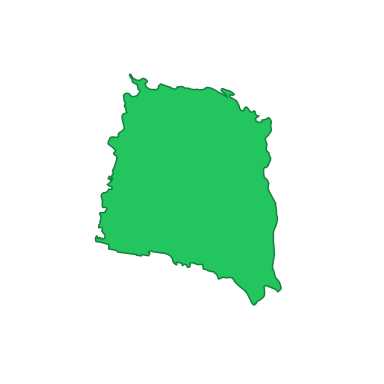 outline of Lapusnicu Mare, Caras-Severin, Romania, rotated 143°
{"feature_id": "2599482B82081926403008", "entity_name": "Lapusnicu Mare", "entity_type": "district", "adm_level": 2, "iso_a3": "ROU", "parent_name": "Romania", "parent_adm1": "Caras-Severin", "projection": "orthographic", "projection_center": [21.88, 44.901], "detail": "fine", "context": "isolated", "style": "filled", "palette": "green", "viewbox_px": 384, "rotation_deg": 143, "n_neighbors": 0, "source": "geoboundaries", "source_scale": "gbopen_adm2", "svg_char_len": 6080}
<svg xmlns="http://www.w3.org/2000/svg" viewBox="0 0 384 384"><g transform="rotate(143 192 192)"><path d="M184.8,310.2L186.2,310.7L187.1,310.7L188.6,310.3L190.0,307.8L191.3,305.7L191.9,302.5L194.0,301.7L194.4,300.9L194.5,299.6L194.9,298.1L195.5,297.1L195.9,295.6L196.4,294.7L197.2,294.7L199.4,295.6L200.8,295.5L201.7,295.0L202.6,294.2L203.4,293.0L204.5,290.7L207.0,284.7L208.3,283.2L211.9,282.8L214.4,283.2L216.4,282.4L216.5,281.6L217.0,280.7L217.8,280.6L218.6,280.8L219.3,281.1L220.1,281.7L221.7,283.3L223.0,284.1L224.6,284.7L225.5,284.0L228.2,282.8L229.5,281.6L230.0,280.6L229.2,277.9L228.4,275.2L228.0,271.2L228.9,270.5L231.0,270.4L231.6,269.5L231.4,268.3L230.9,267.1L230.8,265.8L231.5,264.7L233.2,262.5L233.9,262.3L234.8,261.8L236.0,260.8L237.5,259.9L238.1,259.3L238.5,258.8L242.1,257.2L242.8,256.7L243.5,254.5L244.9,253.6L245.9,253.6L247.2,252.6L248.2,253.5L248.6,254.3L250.9,253.1L250.5,252.2L249.5,251.6L247.2,251.0L247.3,250.2L247.7,250.1L249.4,250.8L249.9,250.6L250.2,250.0L249.9,249.6L249.7,249.0L250.7,249.2L252.2,248.9L253.9,248.8L255.0,249.0L255.1,248.7L254.9,247.5L254.2,246.3L252.7,243.9L254.9,242.4L256.5,244.4L258.4,243.6L260.7,243.3L263.1,244.6L264.9,244.7L266.1,244.2L267.1,243.2L267.8,241.2L269.3,238.1L271.4,235.9L272.6,233.4L271.2,232.4L270.6,231.8L269.8,230.6L270.4,229.4L271.6,229.0L272.6,229.1L273.4,228.1L275.0,228.5L275.9,229.3L277.3,230.6L278.4,230.6L279.1,229.8L279.1,228.5L279.4,227.6L279.9,226.7L280.4,225.9L281.5,224.9L283.2,224.0L284.3,222.1L285.5,221.9L286.7,221.3L288.0,219.6L286.9,219.1L286.4,218.7L285.8,218.4L285.4,217.3L285.8,216.4L286.9,215.7L287.5,215.0L287.4,214.2L287.6,213.2L287.6,212.3L287.4,211.1L287.7,209.4L288.8,208.1L290.1,207.6L291.1,207.6L291.3,208.0L291.7,209.2L292.1,209.5L292.9,209.5L293.1,209.6L292.9,211.0L293.3,211.4L293.8,211.6L294.4,211.2L294.8,211.1L295.1,211.9L295.1,212.5L294.4,213.9L294.8,214.3L296.7,213.4L297.4,212.5L298.3,210.7L298.3,210.0L294.8,206.5L292.5,203.3L290.7,201.0L290.1,200.0L290.4,199.7L291.1,198.6L292.8,196.7L287.6,191.0L287.5,188.8L274.4,175.9L274.4,174.9L270.9,171.5L269.8,172.2L264.9,167.2L262.3,168.6L263.1,170.1L261.0,170.2L260.1,169.6L259.7,168.7L258.6,167.3L255.8,164.5L253.1,161.6L251.3,160.3L248.9,156.7L247.6,153.9L247.8,152.1L247.8,150.2L248.9,148.5L249.2,146.4L248.7,144.0L248.1,143.1L247.5,143.8L247.4,144.9L246.3,145.1L245.1,143.5L243.7,142.1L243.0,140.6L243.3,140.3L243.6,139.9L243.8,139.5L243.9,139.0L242.8,138.9L241.8,139.2L241.2,138.2L240.6,137.7L240.1,137.0L240.6,135.9L240.9,134.8L240.0,133.9L239.0,133.6L238.3,133.9L237.2,135.0L236.4,136.3L235.6,136.2L234.6,135.5L233.8,134.7L231.4,131.0L230.0,129.7L228.0,128.6L227.2,127.3L228.9,124.5L229.2,123.5L228.7,122.9L227.9,122.2L227.2,121.3L226.6,119.7L224.5,116.8L222.8,115.6L222.4,114.9L222.8,113.9L222.2,112.6L221.8,111.2L223.2,106.6L222.1,106.2L221.1,105.8L220.0,105.6L218.9,105.6L215.7,102.3L213.8,101.4L212.1,100.2L211.4,97.5L211.8,94.7L211.6,92.3L210.6,87.1L209.3,82.1L209.0,77.8L210.9,67.6L211.0,65.3L210.1,64.2L209.2,64.8L209.0,64.6L208.7,64.4L208.1,64.3L206.8,65.0L206.1,65.2L205.4,65.3L204.7,65.3L203.5,65.0L200.4,64.9L197.7,65.2L196.3,66.0L194.7,67.8L192.5,71.1L191.5,73.2L189.4,72.8L188.6,72.0L183.6,63.5L183.4,60.6L179.9,60.9L178.5,61.8L177.0,65.8L176.4,68.6L176.8,73.2L176.7,73.4L176.4,74.6L175.9,75.8L175.4,77.0L174.8,78.1L173.7,81.9L172.5,84.2L163.6,92.8L160.3,97.8L157.2,102.9L151.6,110.4L149.5,112.3L145.8,114.2L141.8,117.2L139.1,120.2L138.3,122.8L135.8,126.3L132.9,131.5L131.9,132.9L131.6,135.6L130.0,146.1L128.9,149.5L127.4,151.1L125.7,152.5L124.7,155.7L124.7,156.4L124.8,157.2L124.9,158.0L125.2,158.8L125.2,160.7L123.7,163.6L121.0,167.3L119.7,167.9L118.2,167.0L116.3,167.0L114.2,167.8L112.9,168.9L111.5,169.5L110.1,170.3L108.7,171.9L108.2,174.8L107.1,176.8L107.5,179.9L107.3,181.2L105.9,182.6L104.4,184.0L103.0,186.0L102.3,188.7L101.5,190.3L100.3,190.9L97.2,191.4L96.1,191.7L94.6,192.2L93.1,192.6L92.1,193.1L91.2,193.8L90.6,194.9L90.1,196.2L88.2,198.9L87.0,199.5L86.1,200.9L85.8,202.5L85.7,204.1L86.4,205.5L87.6,205.3L88.9,205.5L90.8,206.2L92.7,207.3L93.7,206.6L94.9,206.2L96.1,206.8L97.9,209.2L98.0,210.6L97.2,212.2L95.2,212.6L94.2,212.4L93.0,212.5L93.7,213.2L94.2,214.0L94.3,214.2L94.4,215.2L94.4,216.0L94.1,216.8L93.8,217.5L93.3,218.2L93.5,219.4L94.7,219.4L95.9,219.7L96.6,220.1L97.0,220.7L97.1,220.9L97.2,222.4L97.2,223.7L97.0,224.9L97.2,226.5L97.8,227.5L99.6,227.3L101.8,225.8L102.5,226.2L103.0,226.8L103.5,227.4L103.8,228.1L103.8,229.1L103.6,230.2L103.5,230.5L102.6,232.4L101.8,236.3L101.7,237.4L101.8,238.7L102.9,241.0L103.7,243.4L104.3,244.2L104.3,245.3L103.9,246.0L103.5,246.6L102.8,246.4L101.1,244.6L99.5,244.6L99.7,246.3L101.0,249.9L103.4,252.9L105.1,255.9L106.5,256.5L107.6,255.1L107.2,252.8L106.5,250.6L106.4,249.4L106.4,248.9L106.6,248.0L106.9,247.0L108.6,251.4L111.3,256.6L111.8,258.7L113.5,262.0L114.5,263.8L116.6,266.1L118.0,266.8L120.1,266.8L121.2,267.1L123.2,268.1L124.9,269.3L125.2,269.6L125.5,270.2L126.2,271.1L127.2,271.6L127.7,271.7L128.6,272.4L130.9,274.7L132.1,276.6L135.3,279.5L135.7,280.9L136.5,282.3L138.4,283.4L139.1,283.7L139.5,284.2L140.1,284.5L140.7,284.6L142.5,284.1L143.0,284.1L143.4,284.2L144.0,284.7L144.4,285.1L146.1,287.6L146.1,288.6L146.5,289.3L147.3,289.6L148.4,291.9L149.2,292.7L151.4,296.4L152.2,297.2L152.9,297.0L155.0,296.7L156.3,295.2L157.2,295.0L158.3,295.1L159.5,295.7L162.8,298.4L164.3,300.0L164.6,301.1L164.9,302.4L165.2,303.9L164.8,305.3L164.3,306.5L163.7,307.0L162.8,306.7L162.0,306.6L161.0,307.5L161.0,308.6L161.4,310.4L162.7,312.1L163.6,312.6L165.8,312.5L167.1,313.0L168.0,313.6L169.4,315.6L170.1,317.2L170.6,318.6L170.5,319.5L170.6,320.3L170.5,321.3L170.1,322.3L170.3,322.9L170.7,323.4L171.2,323.4L171.9,321.9L172.0,321.3L172.0,320.8L172.1,320.4L172.2,319.9L172.0,319.4L171.7,319.0L172.6,317.1L173.4,315.8L173.1,315.1L172.9,315.0L172.7,313.8L172.3,312.8L171.6,311.6L171.2,310.8L171.9,309.0L173.0,306.8L173.1,306.0L172.7,305.2L173.0,303.9L173.7,303.2L174.7,302.9L175.9,302.8L176.6,302.3L177.6,302.2L178.4,302.2L179.4,302.5L182.3,303.9L182.6,304.6L182.9,306.3L183.1,308.1L183.9,309.4L184.8,310.2Z" fill="#22c55e" stroke="#15803d" stroke-width="1.5"/></g></svg>